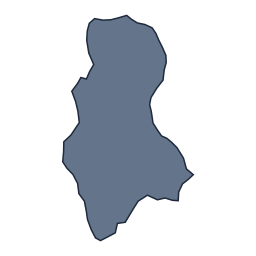 the district of Confins, Minas Gerais, Brazil
{"feature_id": "56859067B49232748472956", "entity_name": "Confins", "entity_type": "district", "adm_level": 2, "iso_a3": "BRA", "parent_name": "Brazil", "parent_adm1": "Minas Gerais", "projection": "equal_earth", "projection_center": [-43.973, -19.643], "detail": "fine", "context": "isolated", "style": "filled", "palette": "slate", "viewbox_px": 256, "rotation_deg": 0, "n_neighbors": 0, "source": "geoboundaries", "source_scale": "gbopen_adm2", "svg_char_len": 941}
<svg xmlns="http://www.w3.org/2000/svg" viewBox="0 0 256 256"><path d="M178.2,200.7L178.7,192.0L182.5,183.9L188.1,179.5L193.3,174.7L186.4,168.9L183.5,158.2L177.0,147.7L171.5,142.2L166.8,138.3L161.5,135.9L157.7,130.5L153.0,123.0L151.3,111.6L149.6,104.5L151.0,97.5L157.1,87.7L163.0,80.2L164.2,70.0L166.2,62.6L165.9,55.4L162.5,47.6L158.6,39.8L156.0,33.6L152.2,27.9L144.9,24.5L137.3,22.9L131.5,19.3L126.7,15.4L118.6,17.8L110.7,19.8L102.8,20.1L94.6,18.6L89.3,23.3L87.3,30.8L86.7,40.1L88.8,53.1L93.7,64.5L89.6,71.6L86.4,79.0L80.9,77.5L77.6,83.4L71.8,91.2L75.7,101.8L77.9,111.1L79.3,122.6L70.9,135.1L63.8,141.8L63.6,151.9L62.7,161.7L66.9,168.2L72.9,174.4L77.6,183.4L78.9,193.7L84.4,201.2L86.4,211.7L87.5,219.5L91.2,229.6L95.5,237.9L100.5,240.6L108.6,236.4L115.3,232.8L117.4,223.4L125.2,222.3L129.4,215.3L133.5,208.5L138.1,201.2L147.4,195.2L157.4,199.8L165.1,198.0L172.4,200.3L178.2,200.7Z" fill="#64748b" stroke="#1e293b" stroke-width="1.5"/></svg>